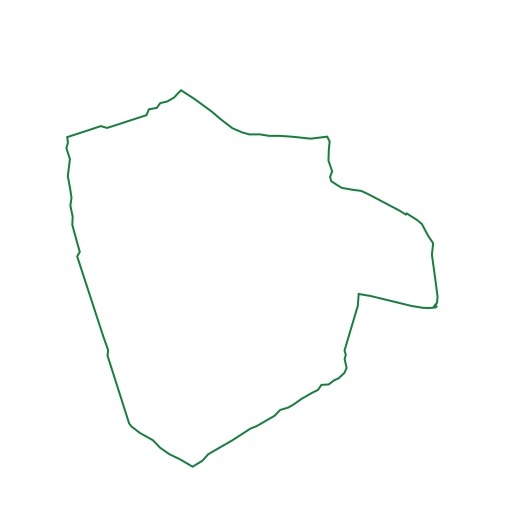 Heiban, South Kordufan, Sudan, rotated 162°
{"feature_id": "16777658B58356083218961", "entity_name": "Heiban", "entity_type": "district", "adm_level": 2, "iso_a3": "SDN", "parent_name": "Sudan", "parent_adm1": "South Kordufan", "projection": "albers", "projection_center": [30.437, 11.168], "detail": "fine", "context": "isolated", "style": "outline", "palette": "green", "viewbox_px": 512, "rotation_deg": 162, "n_neighbors": 0, "source": "geoboundaries", "source_scale": "gbopen_adm2", "svg_char_len": 1547}
<svg xmlns="http://www.w3.org/2000/svg" viewBox="0 0 512 512"><g transform="rotate(162 256 256)"><path d="M381.4,75.2L370.1,77.9L362.8,82.2L347.0,85.6L335.5,88.0L314.5,93.6L307.9,94.0L297.2,96.3L287.7,98.3L280.6,102.1L272.1,101.9L266.4,103.1L256.7,106.1L245.2,108.5L238.4,109.5L233.6,113.2L226.6,111.4L220.1,113.6L215.1,114.2L207.9,117.6L204.4,121.6L203.6,130.5L201.1,134.3L201.0,138.8L174.6,177.1L170.1,188.1L159.8,182.8L123.3,160.3L113.2,155.1L107.1,152.9L101.1,151.6L100.7,151.8L102.0,152.3L101.4,152.6L101.8,152.8L100.8,153.4L101.4,153.6L100.8,154.0L98.3,155.6L95.9,161.1L93.7,172.9L91.1,187.2L88.3,202.9L83.6,213.4L86.1,222.2L88.2,234.2L88.4,235.2L91.7,240.5L99.5,249.9L100.0,249.6L100.7,249.1L105.5,254.8L130.6,280.6L135.8,285.4L143.8,289.2L153.4,294.3L157.5,299.1L161.3,303.9L161.1,308.4L157.4,313.0L157.6,324.3L153.9,334.6L150.6,342.0L151.4,347.5L167.8,350.7L184.3,358.1L195.7,362.7L206.4,366.2L215.0,370.6L224.6,373.6L231.2,378.0L239.0,384.9L246.8,396.2L253.6,407.2L266.1,424.5L276.1,436.8L279.8,434.9L285.0,432.0L292.5,430.4L299.8,431.0L304.7,427.5L308.6,428.1L312.5,428.6L316.7,423.8L335.6,423.8L353.3,423.8L354.8,423.8L358.0,423.8L363.5,427.5L379.8,427.4L381.2,427.4L393.8,427.4L398.8,427.4L399.8,422.0L403.0,417.1L403.0,405.7L406.8,397.6L410.3,390.1L411.9,377.8L413.5,368.3L417.0,361.2L418.2,350.1L421.1,342.3L422.0,323.2L422.3,314.4L426.2,310.8L426.1,227.0L425.7,212.3L428.0,207.1L428.4,136.0L427.1,132.3L420.9,123.3L411.0,112.7L406.4,103.2L399.6,94.2L391.3,86.3L381.4,75.2Z" fill="none" stroke="#15803d" stroke-width="2"/></g></svg>